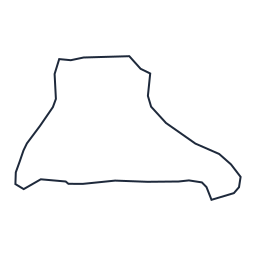 Santa Lucía Milpas Altas, Sacatepéquez, Guatemala
{"feature_id": "79465075B78305211974628", "entity_name": "Santa Lucía Milpas Altas", "entity_type": "district", "adm_level": 2, "iso_a3": "GTM", "parent_name": "Guatemala", "parent_adm1": "Sacatepéquez", "projection": "albers", "projection_center": [-90.675, 14.57], "detail": "fine", "context": "isolated", "style": "outline", "palette": "slate", "viewbox_px": 256, "rotation_deg": 0, "n_neighbors": 0, "source": "geoboundaries", "source_scale": "gbopen_adm2", "svg_char_len": 544}
<svg xmlns="http://www.w3.org/2000/svg" viewBox="0 0 256 256"><path d="M15.4,184.1L23.7,189.1L40.8,179.3L65.7,181.5L68.4,183.8L82.6,183.9L115.1,180.6L147.4,181.8L178.6,181.5L188.9,180.4L201.9,182.4L206.5,187.1L211.5,199.8L233.9,193.1L239.0,187.2L240.6,176.9L231.0,164.4L219.2,154.0L195.4,143.6L166.0,123.0L151.1,106.7L147.9,95.9L150.2,73.5L140.6,68.8L129.3,56.2L83.6,57.5L70.8,60.2L59.2,59.1L54.6,74.0L55.9,98.9L52.9,107.1L40.0,125.9L26.9,143.4L23.5,150.4L19.7,161.5L15.8,172.3L15.4,184.1Z" fill="none" stroke="#1e293b" stroke-width="2"/></svg>